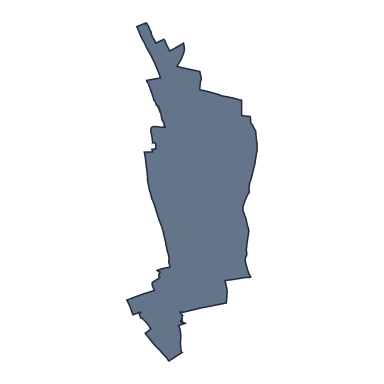 the district of Gagesti, Vaslui, Romania
{"feature_id": "2599482B9369925227758", "entity_name": "Gagesti", "entity_type": "district", "adm_level": 2, "iso_a3": "ROU", "parent_name": "Romania", "parent_adm1": "Vaslui", "projection": "orthographic", "projection_center": [27.986, 46.331], "detail": "fine", "context": "isolated", "style": "filled", "palette": "slate", "viewbox_px": 384, "rotation_deg": 0, "n_neighbors": 0, "source": "geoboundaries", "source_scale": "gbopen_adm2", "svg_char_len": 5928}
<svg xmlns="http://www.w3.org/2000/svg" viewBox="0 0 384 384"><path d="M169.0,361.0L182.2,352.4L181.7,352.1L181.4,351.8L181.2,351.1L180.9,349.4L180.4,342.2L180.5,340.8L180.9,336.4L180.3,330.2L180.0,329.2L178.7,325.5L185.3,323.3L184.8,323.0L184.1,322.9L183.8,322.7L183.1,322.4L182.8,322.1L182.7,322.1L182.7,322.4L182.5,322.6L182.4,322.7L182.2,322.7L181.9,322.6L181.7,322.3L181.5,321.6L181.3,321.4L180.8,321.5L180.6,321.3L180.6,321.0L180.8,320.7L181.3,320.3L182.0,320.6L182.1,320.4L182.3,320.2L182.2,319.9L181.6,319.7L182.3,318.4L182.3,318.2L182.0,317.8L181.9,317.3L181.9,317.0L182.2,316.3L182.5,316.0L182.7,315.9L182.7,315.6L182.6,315.3L182.1,314.9L181.7,314.5L181.5,314.0L180.7,313.4L180.3,312.9L180.0,312.3L179.9,312.1L180.1,312.0L180.9,311.9L181.5,312.1L182.7,312.1L183.1,312.4L183.3,312.4L183.5,312.4L183.6,312.2L191.3,310.3L200.6,308.1L202.1,307.8L202.1,307.7L203.9,307.3L204.3,307.4L226.3,303.0L226.8,297.3L227.2,291.4L226.9,288.7L225.9,284.7L225.1,280.5L232.7,279.6L244.1,277.7L246.0,277.5L247.0,277.4L248.5,277.5L249.4,277.5L249.9,277.3L250.8,276.9L249.5,274.9L248.3,271.9L247.8,270.5L247.0,267.8L246.8,266.8L246.1,264.8L245.9,264.3L245.2,260.5L245.1,259.6L245.4,258.1L246.1,256.6L246.7,254.9L246.8,253.9L246.3,248.7L246.8,246.2L246.9,244.4L247.2,242.1L248.9,230.7L248.4,228.8L248.0,226.8L247.4,225.3L246.2,219.6L245.6,217.5L243.1,211.1L243.0,210.6L243.0,207.1L243.1,206.5L243.5,205.2L245.1,200.4L246.6,197.0L247.7,194.7L249.4,192.1L249.3,191.4L249.1,190.5L249.1,189.7L248.9,188.7L249.0,187.8L249.1,187.3L249.2,186.3L249.7,182.7L250.5,180.7L251.4,178.1L252.3,174.2L254.1,166.8L254.7,165.0L254.9,163.6L255.8,157.8L256.1,156.0L256.4,153.7L256.7,152.1L257.2,150.2L257.2,149.5L257.1,149.1L257.1,148.0L257.1,143.2L257.0,142.5L256.6,141.5L255.9,133.3L255.8,131.9L255.6,130.9L253.4,126.9L252.7,125.5L252.0,124.3L251.1,123.3L250.7,122.8L250.6,122.4L250.7,120.2L250.6,118.9L250.4,117.5L250.1,116.4L248.7,116.4L245.2,116.0L243.1,115.7L241.6,115.4L241.6,110.4L241.7,101.1L241.4,100.1L240.1,99.9L238.9,99.7L238.1,99.4L235.4,98.6L229.0,97.1L223.8,96.2L221.4,95.8L221.1,95.5L220.8,95.4L219.9,95.3L219.6,94.9L219.1,94.7L214.4,93.3L213.5,93.1L207.1,91.4L205.2,90.9L204.2,90.7L203.1,90.4L199.8,89.8L199.7,89.4L199.9,87.2L200.3,82.7L200.6,81.0L201.2,79.8L201.3,79.2L201.3,78.9L200.9,75.9L200.5,75.2L200.4,74.6L200.1,72.9L200.1,72.7L199.8,72.4L199.8,71.5L181.2,67.5L177.0,66.3L177.4,65.6L178.1,64.3L179.5,62.3L179.7,61.7L180.5,60.5L181.3,59.1L181.9,57.6L182.4,56.2L182.8,55.4L183.8,52.6L184.1,51.6L184.2,51.0L184.4,49.1L184.3,47.6L183.9,44.6L183.5,43.2L173.1,49.2L169.4,50.9L168.9,49.6L167.6,46.7L166.7,45.1L165.1,41.3L165.0,41.0L163.9,39.3L156.0,42.9L155.3,43.2L155.1,42.7L155.2,42.0L155.1,41.5L154.5,40.3L153.9,38.9L153.0,38.0L152.4,36.9L151.9,35.6L151.7,34.8L151.5,34.1L151.0,31.8L150.7,31.1L150.3,30.3L149.9,29.8L149.1,27.7L146.6,23.0L145.3,23.7L145.2,23.4L144.7,23.6L144.6,23.4L143.9,23.8L141.6,24.6L140.1,25.3L136.8,26.6L139.7,33.4L140.4,35.4L140.6,35.9L142.5,39.7L143.7,41.6L144.7,43.4L146.1,46.7L147.0,48.5L148.0,50.1L150.0,53.7L151.5,56.7L154.4,62.5L156.9,68.3L158.8,73.1L160.5,77.9L146.6,80.4L146.8,81.5L147.1,82.0L147.6,82.5L147.9,82.9L148.3,83.3L148.6,83.8L148.8,84.0L149.1,84.7L148.9,85.4L149.0,86.0L149.8,87.5L150.2,88.7L150.8,90.8L151.0,91.5L151.4,92.1L151.4,92.4L151.8,92.9L152.3,95.0L152.8,96.0L153.9,100.3L154.3,100.4L155.1,101.7L155.8,103.4L156.1,104.6L156.4,105.1L157.0,105.3L157.3,105.5L157.7,105.6L157.8,105.8L157.6,106.2L157.5,106.4L157.6,106.5L158.5,106.7L158.8,106.9L158.7,107.3L158.6,107.7L158.3,108.0L158.5,108.5L159.2,108.7L159.4,108.8L159.3,109.5L159.3,110.0L159.4,110.4L159.5,110.5L160.0,110.4L160.2,110.5L160.3,110.8L160.2,111.1L159.8,111.5L159.8,111.8L160.0,112.1L160.3,112.5L160.5,112.8L160.7,113.4L161.2,114.2L161.3,115.0L161.1,115.6L161.1,116.1L161.5,116.7L161.6,117.1L161.6,118.4L161.7,118.8L162.2,120.2L162.7,120.7L162.8,121.4L163.5,122.0L163.8,122.4L163.8,122.8L163.8,123.5L164.3,123.9L164.4,124.1L164.3,124.6L164.0,125.2L164.3,125.7L164.8,126.2L164.9,126.5L165.1,127.3L160.3,127.1L156.1,126.6L155.7,126.6L153.4,126.5L152.3,126.9L151.4,127.5L150.7,129.9L150.6,130.5L151.1,133.0L151.8,136.1L152.1,137.9L152.2,139.4L152.3,140.2L152.7,142.0L152.7,142.3L152.6,142.8L152.9,142.6L153.2,142.4L153.5,142.4L154.0,142.6L154.2,143.0L154.5,143.2L155.2,143.3L155.5,143.4L155.9,146.6L156.0,148.2L155.9,148.8L153.9,148.9L153.9,149.3L153.0,149.3L151.7,149.4L152.2,150.1L152.4,151.1L152.5,152.0L144.3,152.1L145.2,156.7L145.8,161.8L146.5,168.0L147.2,173.0L147.2,175.0L147.5,176.8L147.6,178.2L147.6,178.9L147.5,179.4L147.4,179.5L147.7,181.4L149.1,188.6L149.4,190.1L149.6,190.7L149.7,191.3L150.2,192.3L150.4,192.8L150.5,193.5L151.5,197.3L151.7,198.3L151.9,199.0L152.7,200.5L153.4,202.4L154.5,205.1L154.7,206.3L155.4,208.0L155.7,209.4L156.9,213.3L158.5,217.9L158.9,219.4L159.3,220.7L160.5,223.6L162.0,227.3L162.2,228.3L162.8,230.1L163.2,232.0L163.7,234.3L163.9,235.1L164.1,236.0L164.8,238.6L165.2,240.6L165.6,242.1L166.0,245.1L166.6,247.5L167.0,248.9L167.0,249.9L167.2,251.3L167.9,252.9L168.7,255.9L169.0,257.1L168.8,262.2L169.0,263.1L170.1,267.0L166.8,267.7L162.4,268.6L159.6,269.5L157.1,270.3L157.0,270.5L160.1,272.3L158.9,274.0L158.8,276.0L159.7,276.9L159.6,277.5L159.0,278.1L152.4,282.4L152.2,283.3L152.1,283.8L152.3,285.1L152.2,285.2L151.9,285.0L152.3,285.7L152.6,286.3L153.6,288.8L154.4,290.4L148.6,292.3L144.9,293.4L140.1,295.1L135.7,296.7L127.2,300.0L126.8,300.0L129.2,304.8L130.0,306.6L131.6,311.4L133.0,314.8L140.6,312.0L140.5,312.6L140.5,313.2L139.3,313.6L139.2,313.8L140.7,317.9L142.4,318.5L147.1,323.3L147.5,323.7L148.1,324.7L150.9,329.0L145.2,333.2L147.1,335.9L148.6,337.5L150.6,340.3L151.6,341.5L152.5,342.4L152.9,342.9L153.6,343.9L154.1,344.6L155.3,345.6L156.2,346.7L157.6,348.2L159.1,349.4L159.5,350.1L160.6,351.0L160.8,351.2L161.0,351.7L161.7,352.8L163.5,354.5L166.0,357.2L166.6,357.7L167.3,358.6L167.7,359.4L167.9,359.9L168.1,360.1L169.0,361.0Z" fill="#64748b" stroke="#1e293b" stroke-width="1.5"/></svg>